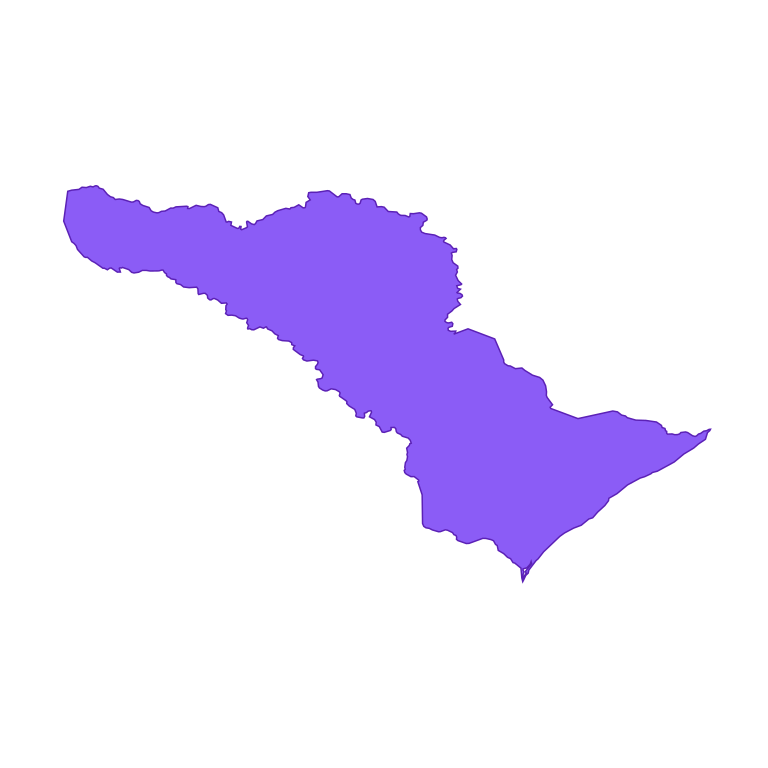 Guararé, Los Santos, Panama, rotated 93°
{"feature_id": "35544464B687818134367", "entity_name": "Guararé", "entity_type": "district", "adm_level": 2, "iso_a3": "PAN", "parent_name": "Panama", "parent_adm1": "Los Santos", "projection": "equal_earth", "projection_center": [-80.366, 7.776], "detail": "fine", "context": "isolated", "style": "filled", "palette": "violet", "viewbox_px": 768, "rotation_deg": 93, "n_neighbors": 0, "source": "geoboundaries", "source_scale": "gbopen_adm2", "svg_char_len": 6144}
<svg xmlns="http://www.w3.org/2000/svg" viewBox="0 0 768 768"><g transform="rotate(93 384 384)"><path d="M574.1,235.1L571.9,234.1L569.9,235.1L567.2,235.2L564.2,234.3L562.7,235.4L561.3,235.4L560.1,231.7L556.3,228.6L553.7,227.8L555.7,227.2L563.2,232.6L564.3,232.8L565.3,232.1L569.4,234.3L570.9,233.7L567.7,232.4L565.3,230.1L562.2,229.6L552.4,222.9L550.6,221.0L543.2,215.8L526.9,200.4L523.3,195.9L518.0,187.1L514.7,179.6L508.1,172.4L506.7,168.6L500.7,163.9L493.8,157.1L488.8,153.7L486.4,153.5L481.3,145.6L472.0,135.5L464.5,123.2L462.9,118.8L459.7,112.8L458.3,111.3L456.8,106.5L446.7,90.1L438.3,81.0L431.7,71.3L427.4,66.8L422.4,60.1L415.6,58.4L413.5,56.2L412.1,55.6L412.3,57.0L413.8,59.5L414.3,62.1L416.8,65.3L417.5,67.3L419.4,69.1L420.1,70.6L419.5,73.2L416.6,78.2L416.1,80.3L416.9,85.0L418.4,86.2L419.2,88.4L419.4,91.1L418.8,93.6L419.2,98.3L418.5,99.1L416.5,99.2L415.9,100.4L413.7,101.1L412.9,104.0L410.8,104.8L407.7,109.9L406.7,120.6L406.9,130.6L404.9,139.3L403.3,141.2L402.6,145.1L399.6,149.4L399.0,154.1L408.4,188.5L399.7,216.2L398.5,216.9L395.9,214.6L388.9,220.4L386.9,221.3L383.2,221.3L377.4,222.5L371.8,225.5L369.3,228.9L367.4,236.2L363.1,244.0L360.8,247.1L361.8,253.6L359.4,258.8L359.3,261.1L357.4,264.6L355.9,265.6L353.7,265.7L333.2,275.8L324.5,303.0L330.6,317.0L329.6,315.8L327.4,315.1L327.9,320.2L327.0,322.6L325.0,323.0L324.0,322.1L322.8,318.8L320.2,318.4L318.8,319.6L319.7,323.0L319.4,324.6L318.3,326.4L316.8,326.4L314.1,324.0L311.0,324.2L307.6,320.1L305.0,318.0L300.6,311.8L297.5,314.7L295.3,315.3L294.6,314.5L293.8,311.7L292.1,310.2L290.7,310.8L289.5,312.9L289.3,315.5L288.8,315.9L285.3,312.6L284.6,315.5L282.1,316.5L280.8,312.3L280.1,311.7L276.8,315.4L271.6,318.2L268.3,316.6L265.9,317.5L264.5,316.2L262.4,316.5L259.3,321.3L256.1,322.9L252.1,322.7L249.8,323.6L249.0,322.6L248.2,318.8L245.7,318.3L244.9,318.9L245.3,321.7L241.7,325.2L239.1,331.6L238.4,332.0L237.2,331.6L235.4,329.6L234.7,330.3L234.4,331.8L234.9,333.7L234.7,336.1L232.6,341.1L231.6,350.9L230.4,354.3L228.2,355.7L225.9,355.9L223.6,353.5L220.4,353.2L218.2,349.8L217.0,349.5L214.9,350.3L211.5,355.5L211.2,357.5L212.4,363.6L212.4,366.7L215.4,367.0L215.9,368.0L214.6,371.7L214.7,376.2L213.4,378.6L211.6,380.2L211.5,388.8L207.4,393.1L207.0,395.9L207.5,400.2L202.1,402.3L200.3,404.6L199.6,410.2L200.6,415.3L201.4,416.5L204.7,417.3L205.7,418.5L205.7,420.0L205.1,421.6L201.8,422.7L201.3,424.6L199.9,426.5L196.6,427.9L196.0,431.6L196.2,435.8L199.4,439.0L199.6,440.6L194.1,448.6L193.9,450.6L196.1,461.2L196.4,467.1L196.9,469.2L200.8,469.9L204.0,467.3L206.7,471.3L211.4,471.7L212.2,472.3L212.3,474.0L209.5,478.5L212.3,483.0L212.8,486.1L214.2,487.2L213.7,491.2L216.5,499.2L218.1,501.9L220.5,504.1L222.3,510.3L226.1,513.6L227.8,519.4L230.5,520.7L231.6,521.9L231.0,524.7L228.6,528.5L228.8,529.4L229.4,529.7L234.2,528.6L235.1,529.5L237.4,534.2L236.9,535.2L234.2,535.0L234.1,536.2L236.1,537.2L236.3,538.6L233.6,545.2L230.2,544.8L229.7,547.7L230.5,549.0L230.4,550.1L223.5,553.0L221.4,555.1L220.3,558.0L216.7,559.2L213.7,566.8L214.0,568.8L215.8,571.2L216.3,572.7L216.3,576.1L215.4,581.0L218.9,587.3L219.0,589.3L217.1,589.1L216.8,590.4L218.0,601.1L219.4,603.7L219.5,606.3L222.7,611.6L223.2,615.3L224.6,617.7L225.0,619.6L224.4,623.2L223.2,625.6L220.0,627.8L218.3,634.2L216.8,636.9L214.6,637.9L213.7,639.2L213.6,641.0L215.3,643.8L215.6,645.6L213.4,654.5L213.1,658.0L213.8,662.1L212.0,664.0L211.3,667.0L209.2,670.1L204.2,674.7L203.3,678.6L201.7,679.9L201.1,681.3L201.2,682.7L202.4,684.9L201.9,687.6L203.4,691.5L203.3,695.9L205.6,698.8L206.8,706.1L208.1,709.9L238.1,712.4L258.3,703.3L259.8,700.9L261.9,698.8L265.7,697.1L272.7,690.1L273.2,688.5L273.0,686.8L276.4,682.4L278.0,678.9L283.1,670.8L283.0,669.3L284.4,666.2L282.7,664.1L282.4,662.5L286.2,656.2L286.0,653.1L282.3,654.4L281.8,653.8L281.9,652.2L281.3,651.2L283.1,644.9L285.7,641.8L286.2,639.5L285.2,634.8L283.2,631.3L283.0,627.2L283.4,623.4L282.8,614.7L281.8,611.7L281.9,610.5L284.2,609.0L285.4,607.0L286.9,606.9L288.1,605.8L288.9,603.8L290.2,602.2L290.7,597.4L293.6,597.1L294.7,596.0L295.3,592.4L297.6,589.2L298.0,583.6L297.1,576.1L298.7,574.8L303.5,574.3L304.3,573.7L302.9,569.1L302.8,567.3L304.7,565.0L307.3,564.6L309.0,562.6L309.1,561.2L307.7,559.2L307.5,557.8L308.8,554.5L311.9,550.6L311.3,545.7L312.4,544.8L314.1,545.9L318.2,545.9L319.1,545.1L322.0,545.9L323.6,543.4L323.2,539.8L323.6,535.9L325.7,532.1L326.3,529.9L326.5,528.2L325.5,525.0L325.7,524.2L326.9,523.5L330.0,524.3L332.5,522.4L335.4,523.2L336.2,522.8L335.8,520.9L336.7,519.0L336.7,516.8L333.5,510.9L334.6,507.3L333.2,505.0L333.2,504.3L335.1,503.1L336.8,498.6L339.6,495.7L341.2,492.1L343.9,492.7L345.1,491.7L346.0,487.9L346.1,481.3L347.5,478.4L349.5,478.2L350.6,475.1L352.5,476.4L354.2,476.4L359.0,469.2L360.1,466.0L360.9,465.8L362.7,466.8L364.1,465.7L365.1,462.2L363.9,455.7L364.4,451.6L366.0,451.0L367.7,451.5L370.2,453.3L372.2,453.2L372.9,452.3L373.2,449.0L377.9,445.3L381.2,446.1L382.0,447.6L382.7,451.0L383.2,451.6L385.6,450.0L389.9,449.3L391.4,448.2L393.3,444.8L394.0,442.4L393.8,440.5L391.6,436.5L392.1,432.1L394.1,428.2L395.3,427.4L397.8,428.0L398.6,427.6L402.7,421.0L403.7,420.1L405.5,420.2L407.8,417.6L410.9,411.9L414.7,410.1L417.3,410.5L418.2,409.5L419.0,404.1L418.9,402.3L417.4,401.6L414.2,402.1L413.4,399.9L412.0,398.5L411.4,396.3L411.6,395.3L412.9,395.0L417.5,396.8L420.0,391.6L422.5,389.8L425.3,389.9L426.8,386.5L432.1,383.3L432.3,381.2L430.1,375.3L429.2,374.5L427.1,374.7L426.8,371.3L428.0,369.9L430.9,369.2L432.2,368.1L433.5,364.7L435.2,363.0L436.7,357.0L438.9,354.8L441.7,353.7L442.2,355.0L444.0,355.5L446.9,358.0L451.3,356.9L453.1,357.4L455.4,356.7L459.2,357.2L461.4,358.5L466.1,358.9L468.1,358.3L469.2,359.3L471.4,358.6L472.8,357.1L475.1,352.3L474.9,349.0L478.1,344.4L479.1,344.2L479.8,345.1L492.7,340.1L521.3,338.2L524.1,336.8L525.4,334.6L525.8,331.2L527.2,328.1L528.7,321.8L528.5,320.0L526.4,315.1L526.7,312.9L528.8,307.8L530.8,306.3L531.5,304.2L533.1,303.4L535.3,303.5L536.5,302.0L539.0,293.5L538.7,290.7L533.0,277.3L532.9,274.2L533.8,269.0L534.8,266.4L538.4,264.2L539.3,262.5L544.2,261.2L547.1,255.6L550.6,251.6L551.8,248.5L555.6,245.8L556.0,244.0L560.7,237.6L570.5,236.2L574.1,235.1Z" fill="#8b5cf6" stroke="#5b21b6" stroke-width="1.5"/></g></svg>